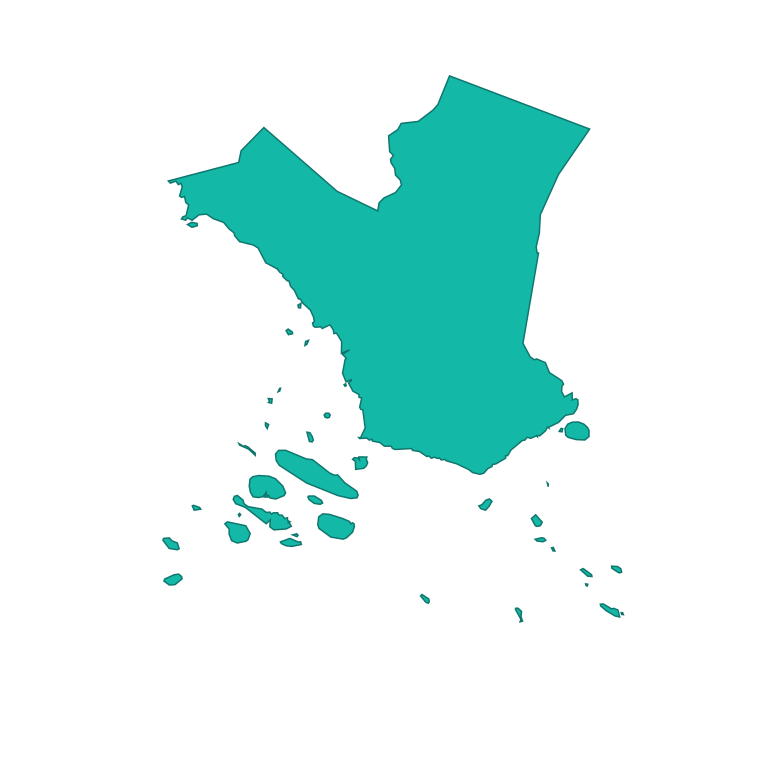 outline of Muna Barat, Sulawesi Tenggara, Indonesia, rotated 256°
{"feature_id": "22746128B23924471266348", "entity_name": "Muna Barat", "entity_type": "district", "adm_level": 2, "iso_a3": "IDN", "parent_name": "Indonesia", "parent_adm1": "Sulawesi Tenggara", "projection": "albers", "projection_center": [122.382, -4.771], "detail": "fine", "context": "isolated", "style": "filled", "palette": "teal", "viewbox_px": 768, "rotation_deg": 256, "n_neighbors": 0, "source": "geoboundaries", "source_scale": "gbopen_adm2", "svg_char_len": 6209}
<svg xmlns="http://www.w3.org/2000/svg" viewBox="0 0 768 768"><g transform="rotate(256 384 384)"><path d="M633.2,223.9L630.6,225.3L631.2,231.2L627.2,232.7L627.9,235.5L624.1,235.9L615.8,231.1L614.0,232.8L614.1,235.8L608.1,235.6L605.1,237.8L595.2,232.7L594.9,229.3L593.2,227.4L590.9,231.2L592.8,233.5L589.3,237.4L592.9,245.4L591.8,252.9L585.7,258.4L579.6,267.5L571.9,271.2L567.0,275.0L563.9,275.0L557.1,278.3L550.4,290.9L546.3,294.8L530.3,298.6L521.6,308.1L522.3,309.1L521.4,308.2L517.7,309.9L514.9,312.5L512.8,311.8L507.6,315.0L507.0,316.7L501.4,317.0L496.6,319.7L487.3,321.5L486.5,323.5L482.1,324.8L473.6,330.4L466.2,331.8L461.3,331.5L460.5,329.4L457.3,329.5L455.8,330.8L454.7,336.5L452.8,337.5L454.5,345.8L448.9,347.9L445.0,347.6L444.9,350.2L435.5,353.2L424.1,350.1L425.5,358.8L422.7,351.0L418.0,353.6L417.0,352.1L404.5,346.4L395.2,347.7L396.3,353.1L395.2,353.2L393.7,349.8L384.6,352.1L379.9,357.1L377.0,356.6L376.0,359.0L367.4,354.8L365.1,355.3L364.1,357.2L345.9,355.1L337.5,348.2L338.1,346.6L337.0,347.1L335.7,354.2L333.1,356.2L333.4,358.9L331.4,359.0L328.1,366.0L323.6,369.3L321.9,376.0L319.6,376.5L317.8,378.9L314.7,395.2L312.7,395.6L309.9,402.1L303.2,408.1L303.4,410.0L300.5,412.0L300.8,415.2L298.7,418.1L299.0,419.8L296.5,421.1L296.0,425.1L294.5,425.7L289.0,435.2L280.5,445.5L276.6,448.6L273.2,455.2L273.3,459.2L276.8,464.3L277.8,468.8L279.7,469.8L279.4,473.2L282.6,484.1L285.0,484.6L284.6,486.7L289.2,491.2L295.7,504.5L295.5,507.1L297.7,510.2L295.8,513.1L296.8,519.5L295.9,520.0L297.0,520.1L296.0,522.6L299.5,529.4L302.6,532.2L301.4,533.3L302.2,533.2L304.5,544.1L309.7,552.5L309.3,560.6L313.1,564.9L317.2,567.4L321.8,568.2L323.3,566.7L323.0,562.8L329.9,564.4L327.8,555.9L333.7,554.5L338.8,556.1L340.4,558.2L344.2,557.3L355.0,547.3L365.7,545.7L371.4,538.2L371.1,535.8L374.9,532.4L389.9,528.7L473.7,565.6L474.3,564.2L480.4,564.9L492.7,571.2L510.4,576.6L545.1,604.0L581.6,645.2L667.1,522.1L642.1,503.9L637.8,497.6L630.5,480.6L632.7,463.8L627.5,458.9L623.7,448.5L608.0,445.7L603.5,448.5L600.5,444.7L597.0,444.4L590.6,446.6L583.9,445.7L578.1,449.1L572.9,449.1L567.0,441.6L564.5,428.8L560.9,423.0L553.4,419.8L582.3,385.1L661.9,329.5L644.9,301.8L634.1,296.6L633.2,223.9ZM307.0,317.1L307.5,313.9L310.8,309.7L327.9,296.3L330.2,290.3L343.4,272.6L345.1,265.7L342.3,261.8L335.8,260.9L330.3,262.8L306.6,285.0L286.8,312.4L281.0,323.9L280.1,330.2L282.4,332.0L286.6,331.6L297.5,322.1L307.0,317.1ZM311.2,228.2L306.2,229.7L304.2,234.8L304.0,239.1L307.3,243.5L305.0,242.8L305.3,241.8L303.3,240.5L302.4,243.9L304.3,243.8L304.0,245.1L301.0,245.8L298.6,251.2L299.9,260.1L302.2,262.2L309.5,261.1L318.3,255.8L322.3,250.3L325.5,240.3L325.8,234.3L324.1,230.9L317.3,228.5L311.2,228.2ZM255.6,321.1L257.0,319.8L256.3,318.1L259.0,317.2L263.5,311.3L270.8,299.3L272.8,293.3L270.9,288.5L263.4,285.7L259.6,286.0L248.3,295.4L243.3,306.9L243.9,310.5L247.8,317.6L252.9,320.8L255.6,321.1ZM305.5,219.1L311.3,214.8L311.2,211.7L308.6,209.8L303.8,211.1L297.7,219.7L276.9,235.9L279.7,240.8L273.1,238.7L269.1,241.9L267.0,254.1L268.4,259.7L272.0,258.6L272.6,256.8L273.0,259.5L275.0,257.4L277.6,258.0L277.4,255.1L281.4,253.4L282.4,250.3L284.8,249.7L285.8,245.3L284.9,243.5L287.3,242.3L287.9,238.6L292.1,235.4L298.0,222.3L301.6,219.3L305.5,219.1ZM288.1,198.7L286.8,195.8L280.6,198.7L275.8,197.4L268.8,198.3L265.2,203.2L264.8,212.2L265.9,214.4L271.2,218.0L279.9,215.6L288.1,198.7ZM297.1,548.9L290.5,547.9L287.7,549.7L283.6,557.0L281.1,565.3L283.4,570.2L289.6,571.7L292.8,570.8L296.6,568.3L300.1,563.5L301.4,557.6L300.7,552.8L297.1,548.9ZM319.7,337.4L318.5,335.3L315.9,337.5L308.0,335.8L307.1,344.0L308.9,347.1L311.6,349.1L315.4,348.6L317.3,349.7L319.3,342.0L316.3,341.8L318.6,340.5L319.7,337.4ZM246.0,141.1L249.2,138.8L249.7,134.2L247.8,124.0L246.0,122.8L240.9,127.1L239.9,132.7L243.8,140.9L246.0,141.1ZM279.8,145.0L283.1,140.3L286.6,138.5L287.5,132.8L285.9,131.7L276.4,135.8L273.2,143.3L273.7,145.4L279.8,145.0ZM251.3,262.7L256.9,255.5L255.9,245.3L254.0,245.8L250.8,249.8L248.7,255.2L248.3,265.0L251.1,264.9L251.3,262.7ZM110.7,550.5L117.6,543.5L118.0,540.6L116.1,540.6L110.0,545.0L103.0,552.1L100.9,556.3L108.1,556.3L110.8,552.5L110.7,550.5ZM292.7,282.8L289.9,283.4L285.1,287.3L282.7,293.0L283.4,295.7L286.2,295.1L292.1,289.4L293.5,283.9L292.7,282.8ZM211.6,504.1L220.4,499.5L217.8,494.5L210.0,496.5L208.8,498.0L208.7,501.5L211.6,504.1ZM247.0,458.4L246.6,454.7L243.2,449.8L242.8,446.5L239.5,447.9L237.0,452.0L240.1,456.6L244.1,460.4L247.0,458.4ZM147.4,569.1L150.3,566.6L152.2,560.8L150.1,560.5L143.9,566.3L143.8,569.0L147.4,569.1ZM133.7,457.0L122.6,459.9L120.3,458.5L120.4,461.1L124.7,460.6L130.1,462.4L133.9,459.9L134.6,457.8L133.7,457.0ZM148.7,539.3L156.7,532.7L156.2,529.8L148.3,535.1L146.9,539.2L148.7,539.3ZM355.9,297.6L346.3,297.7L345.2,300.3L346.5,301.8L350.3,301.7L354.7,300.3L355.9,297.6ZM585.0,241.5L587.4,236.5L586.3,231.9L582.5,235.6L582.7,241.1L585.0,241.5ZM169.5,368.2L162.1,371.8L160.6,373.9L161.8,375.3L164.6,375.4L170.6,369.9L169.5,368.2ZM312.1,168.5L307.5,169.3L306.9,175.9L308.8,175.2L312.4,169.9L312.1,168.5ZM348.1,242.3L356.1,236.5L357.8,234.2L357.5,232.5L361.3,228.8L359.7,229.1L353.5,236.9L346.0,241.8L348.1,242.3ZM195.6,502.0L196.7,499.9L196.8,493.1L194.6,494.5L192.5,500.1L193.1,503.1L195.6,502.0ZM367.0,324.3L368.9,323.5L369.8,320.5L368.4,318.4L365.9,318.9L364.7,321.0L364.9,322.9L367.0,324.3ZM459.4,301.9L455.0,303.2L454.9,307.5L456.6,307.6L460.5,304.3L459.4,301.9ZM394.6,268.6L394.0,267.5L392.5,270.3L396.6,271.9L397.9,268.2L394.6,268.6ZM369.0,259.9L372.6,262.3L375.0,259.6L372.3,258.9L369.0,259.9ZM481.3,319.5L478.6,319.5L478.0,321.4L482.4,322.9L481.3,319.5ZM444.6,321.3L444.2,318.2L440.5,316.6L441.2,318.9L444.6,321.3ZM297.4,546.6L298.1,545.1L295.6,542.5L294.5,545.2L297.4,546.6ZM258.0,264.0L259.8,263.1L259.7,258.8L256.9,262.7L258.0,264.0ZM180.6,509.4L184.5,508.7L184.5,506.9L181.2,507.6L180.6,509.4ZM292.6,211.1L290.5,211.5L291.8,213.3L293.4,212.6L292.6,211.1ZM244.6,518.5L247.3,519.2L248.5,518.5L244.6,518.5ZM402.1,279.4L402.4,281.1L404.9,282.6L405.0,281.7L402.1,279.4ZM393.4,346.8L393.1,345.1L391.3,345.6L391.5,346.9L393.4,346.8ZM140.4,533.3L141.3,531.3L139.6,531.3L138.8,532.3L140.4,533.3ZM104.4,560.2L104.8,558.8L102.9,558.9L102.3,560.5L104.4,560.2Z" fill="#14b8a6" stroke="#0f766e" stroke-width="1.5"/></g></svg>